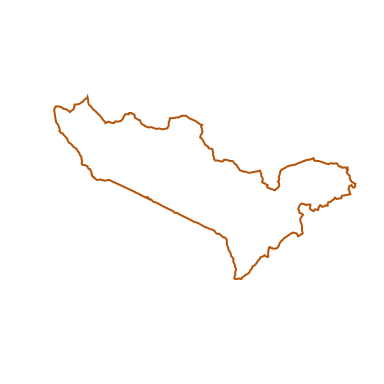 Cubarral, Meta, Colombia, rotated 196°
{"feature_id": "7082276B4656793666603", "entity_name": "Cubarral", "entity_type": "district", "adm_level": 2, "iso_a3": "COL", "parent_name": "Colombia", "parent_adm1": "Meta", "projection": "mercator", "projection_center": [-74.097, 3.859], "detail": "fine", "context": "isolated", "style": "outline", "palette": "amber", "viewbox_px": 384, "rotation_deg": 196, "n_neighbors": 0, "source": "geoboundaries", "source_scale": "gbopen_adm2", "svg_char_len": 6018}
<svg xmlns="http://www.w3.org/2000/svg" viewBox="0 0 384 384"><g transform="rotate(196 192 192)"><path d="M336.3,214.2L335.9,214.2L335.4,213.4L334.0,212.5L332.8,212.7L332.3,212.6L331.5,211.8L326.8,208.9L325.9,207.6L324.1,205.6L322.9,205.2L322.1,205.1L320.0,204.0L319.3,203.2L315.8,201.9L314.1,201.0L313.3,199.9L311.3,198.7L309.9,196.6L308.5,195.7L307.7,194.7L307.5,193.6L306.2,191.7L306.0,189.2L305.3,188.1L304.6,187.9L302.1,188.3L299.6,187.9L299.0,186.8L298.2,186.3L297.9,185.9L297.6,185.7L296.9,186.0L296.5,185.9L295.8,185.3L295.1,184.3L294.6,184.1L293.5,181.4L292.9,181.4L292.8,180.4L292.1,179.8L291.3,179.3L290.7,179.3L290.0,178.5L288.9,178.3L287.1,177.4L285.9,177.6L283.9,178.7L282.4,178.8L281.6,178.6L280.6,178.9L279.3,178.8L278.3,179.3L277.0,179.6L276.2,180.5L274.7,180.7L247.3,176.4L246.0,175.9L243.7,175.7L240.0,175.0L238.5,174.4L235.5,174.3L235.2,173.9L234.4,173.9L234.0,174.1L233.8,174.8L233.2,174.9L232.8,174.6L233.0,174.0L233.0,173.7L231.8,173.4L230.8,173.7L230.4,173.1L229.6,173.5L228.4,173.1L227.6,172.4L225.6,171.8L224.9,172.0L223.5,172.0L221.4,171.6L217.5,170.6L205.2,168.4L204.1,168.1L203.2,167.3L200.7,167.7L199.1,167.5L197.0,166.8L186.0,164.9L182.5,164.0L177.4,163.8L170.3,162.0L166.8,161.8L165.1,161.4L161.1,161.4L159.4,160.6L157.1,158.8L156.1,158.8L154.9,159.2L153.9,159.3L150.4,157.3L149.6,157.1L147.6,157.3L145.4,155.7L144.2,151.5L143.3,150.1L141.7,148.3L140.9,146.4L140.4,145.8L138.6,144.5L137.1,142.2L136.7,141.2L135.1,140.3L133.6,139.0L133.4,136.9L131.2,134.5L130.2,132.4L128.3,129.8L128.2,129.1L128.4,127.6L128.3,126.6L127.6,124.0L127.8,121.2L127.4,120.5L126.0,120.3L125.4,120.5L123.0,121.8L120.5,122.0L120.3,123.6L119.4,124.4L119.0,125.2L117.7,127.0L115.0,129.6L114.6,130.8L114.5,132.6L113.1,135.5L113.4,137.1L111.8,138.5L110.3,141.3L109.9,143.3L108.4,146.5L108.3,147.8L108.1,148.1L105.9,149.8L104.9,151.2L103.7,150.7L102.0,150.3L101.5,150.4L100.8,150.9L101.9,153.8L102.5,156.9L102.5,160.4L102.0,160.6L100.6,159.9L99.5,160.2L98.4,159.9L96.0,160.7L94.6,161.7L93.8,163.8L93.5,167.3L92.5,169.9L91.7,170.7L90.7,173.1L89.2,174.6L85.6,179.2L83.5,181.0L82.2,180.8L80.4,181.1L78.9,180.0L78.3,179.0L77.6,178.6L75.5,181.4L74.5,182.1L74.3,183.0L75.7,185.4L76.9,189.6L78.2,191.8L79.8,193.9L80.5,195.8L80.2,197.5L79.1,200.5L79.1,200.8L80.4,201.4L82.9,201.6L84.0,203.7L85.1,204.8L85.2,206.6L84.7,208.9L84.0,210.7L83.1,211.3L82.2,211.1L80.6,211.3L79.3,210.8L76.3,212.2L74.7,212.5L74.0,208.5L73.2,208.0L70.3,207.1L69.8,207.1L69.6,207.4L68.8,209.4L67.2,209.3L65.9,209.5L65.7,209.9L66.1,211.6L65.4,214.4L64.7,214.7L63.2,213.7L62.3,213.7L59.9,215.9L59.0,216.2L57.7,216.2L57.7,216.4L58.3,217.1L58.2,219.6L56.0,220.9L55.6,221.4L55.1,222.5L53.9,223.6L53.5,224.3L53.2,225.9L52.7,226.0L51.9,225.4L50.8,225.2L48.9,226.3L47.1,227.0L46.8,227.2L46.8,228.4L47.0,229.3L46.6,230.0L44.9,230.4L43.5,231.4L42.7,231.6L40.4,232.9L39.1,233.4L39.3,234.0L40.3,234.9L41.2,236.8L42.2,237.6L42.4,239.7L42.2,241.3L40.6,242.5L38.9,240.9L37.9,240.7L37.5,240.9L37.0,241.5L36.8,242.7L37.2,244.9L38.3,244.8L39.2,245.5L40.6,245.4L42.1,246.3L43.2,247.6L44.0,248.2L44.9,251.1L48.6,253.3L48.7,254.0L48.2,256.2L48.4,256.4L49.1,256.1L49.3,256.3L49.0,257.6L49.2,258.5L49.6,258.4L50.2,257.7L51.2,257.5L52.2,257.8L53.2,257.4L53.6,256.9L54.4,256.7L56.2,257.6L57.0,257.1L58.1,257.2L60.2,259.2L60.9,259.4L64.0,258.2L65.7,258.2L66.4,258.0L68.3,256.5L71.4,256.2L72.9,256.4L73.5,256.8L74.8,256.4L76.7,256.7L79.0,256.7L81.0,256.1L82.2,256.2L82.7,255.8L84.0,256.8L84.1,257.4L84.6,258.0L86.2,256.5L87.8,255.6L88.3,255.6L89.5,254.6L90.8,254.5L92.3,252.9L92.6,253.0L96.2,250.0L97.6,249.3L98.3,248.4L98.9,248.1L100.8,246.4L102.1,246.0L102.7,245.4L103.2,245.4L104.4,244.7L105.2,244.5L106.0,243.5L107.5,242.9L109.0,240.9L110.6,239.6L112.2,237.9L112.3,237.1L112.6,237.0L112.7,236.7L112.8,235.5L112.5,232.8L112.8,230.3L112.2,229.4L111.8,229.2L112.0,228.4L111.6,227.3L112.3,225.6L111.4,225.3L110.9,224.8L109.8,222.0L111.1,218.9L112.4,217.3L112.8,216.5L113.5,216.4L114.8,216.7L120.2,216.9L121.2,217.5L121.0,218.9L121.3,219.6L122.3,219.4L123.2,220.0L124.9,220.4L125.7,220.3L127.2,220.7L127.5,221.3L127.2,222.4L127.7,224.2L128.4,225.4L129.5,226.1L130.2,227.5L130.4,228.6L131.8,230.1L132.3,231.2L133.3,231.0L135.1,229.7L138.4,228.3L140.1,227.2L142.2,226.2L145.1,226.1L146.8,226.3L148.1,225.6L149.8,226.1L151.4,226.0L152.2,226.2L153.8,227.8L155.2,228.6L156.6,230.4L158.3,230.6L161.2,232.9L163.9,232.4L165.8,232.3L166.6,232.6L167.2,232.6L169.0,232.0L169.8,232.1L170.2,231.8L170.4,230.5L171.5,229.5L176.6,229.3L178.2,228.7L178.6,228.7L180.0,229.9L180.1,230.7L180.7,231.8L182.0,233.3L182.2,233.8L182.4,235.4L184.1,238.7L185.5,238.9L188.2,238.6L189.1,240.1L191.6,240.8L192.9,241.4L194.4,243.5L195.8,244.6L196.4,245.3L198.1,246.4L199.2,246.7L199.3,249.1L198.5,251.1L198.4,252.2L198.6,253.1L199.6,254.5L200.1,255.9L200.9,256.7L201.4,257.6L201.3,258.1L200.7,259.2L203.3,259.4L204.0,259.8L205.3,260.0L206.3,260.6L208.9,261.3L214.7,262.1L218.8,263.7L223.3,262.2L225.4,259.9L226.3,259.9L230.7,257.7L233.6,256.8L233.3,254.6L233.5,253.0L233.3,251.5L232.6,249.0L233.2,247.8L233.1,246.6L233.6,246.2L235.9,245.1L237.2,244.2L239.0,244.0L240.6,244.2L243.3,242.9L246.4,242.9L248.4,243.2L249.7,242.9L251.7,242.0L254.5,242.3L259.1,243.6L259.7,244.1L262.1,246.8L263.6,246.6L265.3,247.2L267.0,247.5L267.9,248.4L268.1,249.9L269.1,250.6L271.9,250.8L272.1,251.2L272.8,251.1L274.2,250.6L274.4,249.1L277.0,248.7L278.0,247.3L278.7,243.0L280.1,240.4L281.3,240.0L282.7,239.1L284.8,239.0L285.5,238.2L286.1,236.8L286.4,236.5L288.7,236.3L291.6,236.6L294.2,234.4L294.6,235.3L296.6,236.3L301.6,240.2L303.1,240.7L308.0,243.6L309.3,243.9L312.0,245.7L312.6,246.5L313.9,246.8L315.3,247.8L316.7,249.9L316.8,250.9L318.7,254.6L318.8,253.8L320.6,251.3L322.3,248.1L322.9,247.8L324.2,246.0L325.1,245.3L327.0,244.4L329.1,243.6L328.4,241.1L328.9,240.3L328.5,239.1L330.9,236.2L331.3,235.2L335.6,236.9L336.8,236.6L338.3,236.6L341.5,237.7L345.1,237.2L346.3,236.8L346.7,236.4L347.2,233.0L342.9,223.7L341.8,221.6L339.5,220.0L337.8,217.8L336.1,215.3L336.3,214.2Z" fill="none" stroke="#b45309" stroke-width="2"/></g></svg>